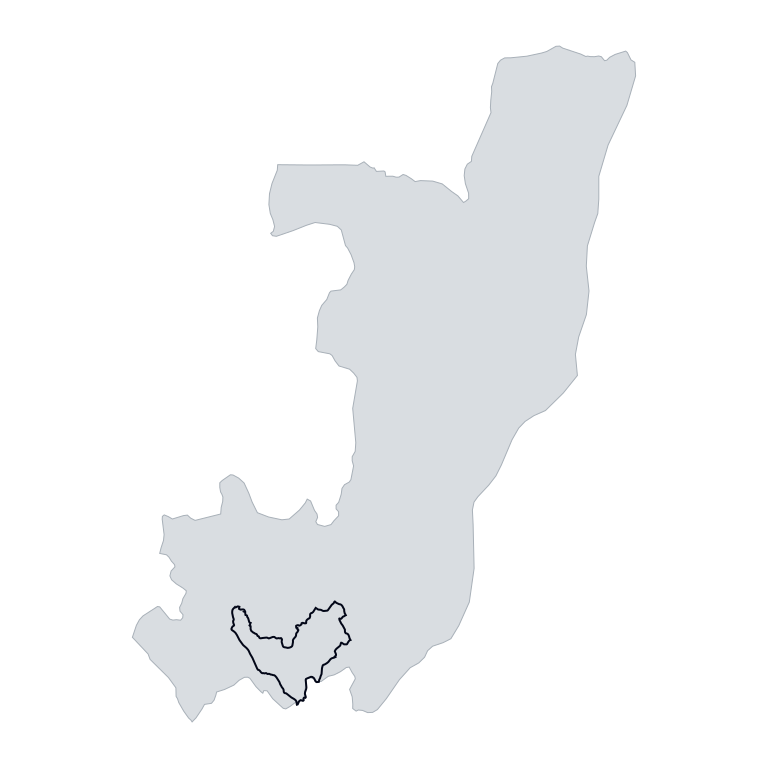 Bouenza highlighted on a map of Republic of the Congo
{"feature_id": "COG-2626", "entity_name": "Bouenza", "entity_type": "Region", "adm_level": 1, "iso_a3": "COG", "parent_name": "Republic of the Congo", "parent_adm1": "", "projection": "natural_earth1", "projection_center": [13.508, -4.119], "detail": "fine", "context": "in_parent", "style": "outline", "palette": "ink", "viewbox_px": 768, "rotation_deg": 0, "n_neighbors": 0, "source": "natural_earth", "source_scale": "10m", "svg_char_len": 8212}
<svg xmlns="http://www.w3.org/2000/svg" viewBox="0 0 768 768"><path d="M132.4,637.3L136.4,625.3L139.4,619.8L143.0,615.9L157.5,606.5L159.7,606.9L169.7,619.1L172.9,620.1L176.4,619.7L180.6,620.2L182.7,617.8L183.0,614.7L180.0,611.2L179.6,607.4L181.7,603.3L182.9,598.7L186.0,593.3L186.3,590.8L183.0,588.1L176.3,583.9L171.6,579.8L169.9,575.9L171.1,571.0L174.9,566.9L174.6,564.7L171.4,561.1L169.0,557.2L166.5,554.8L159.7,553.4L161.0,548.1L163.5,540.5L164.1,534.6L162.2,519.2L162.4,516.4L164.2,514.9L168.3,516.6L172.4,519.0L183.5,515.6L187.4,515.1L190.6,518.1L195.1,520.4L220.7,514.0L221.2,507.4L222.7,501.5L222.9,497.0L221.8,494.1L220.6,492.0L219.8,487.5L219.8,482.8L222.2,480.5L230.4,474.8L233.0,475.0L238.7,478.1L244.1,483.0L248.8,493.2L252.1,502.0L257.4,512.7L268.6,517.0L281.9,519.8L289.2,519.0L299.5,510.0L305.3,502.9L307.2,499.1L310.6,501.0L314.5,510.4L317.0,514.0L317.6,517.4L315.8,521.7L317.5,524.5L324.7,526.4L331.0,524.6L333.9,520.8L338.6,515.8L338.6,511.7L336.1,508.9L336.1,505.2L338.7,502.3L341.2,494.3L342.0,488.4L344.5,484.7L349.2,482.1L350.9,479.7L353.6,465.9L352.2,460.8L352.2,456.7L355.2,451.4L355.8,442.7L352.7,408.4L357.4,380.9L357.0,377.4L353.7,373.1L349.6,369.2L339.0,366.0L335.1,360.9L332.1,355.5L329.8,353.8L318.3,351.6L315.7,348.6L316.8,339.8L317.8,326.9L317.4,318.0L319.4,310.7L321.8,305.3L326.8,299.5L329.5,292.7L331.0,291.1L340.7,289.9L344.2,287.1L346.9,284.3L348.1,280.4L351.4,274.0L354.3,269.7L354.7,266.8L354.0,262.7L351.1,254.7L347.6,248.0L345.5,245.6L341.3,230.0L337.3,226.3L329.6,224.3L315.1,222.5L306.4,225.3L293.1,230.6L276.4,236.3L272.5,235.7L270.7,233.3L273.3,231.3L274.6,226.5L272.9,219.7L270.3,213.4L268.9,204.6L269.5,193.7L272.0,183.5L277.3,170.2L277.7,164.7L309.9,165.0L344.4,164.8L357.7,165.3L364.0,161.8L370.1,167.0L373.1,168.2L374.1,167.8L376.4,171.4L383.9,171.0L385.1,171.9L385.8,176.3L392.8,176.2L396.2,177.2L399.0,177.1L403.1,174.5L406.0,175.4L411.3,178.7L415.1,181.6L420.4,180.6L432.7,181.1L442.2,183.9L451.6,191.5L457.9,195.9L463.5,202.5L465.6,201.3L468.7,198.7L468.6,193.2L465.4,183.7L464.2,175.6L464.9,169.0L467.3,164.2L471.4,161.4L471.8,156.3L491.0,112.6L490.4,107.6L490.8,100.1L491.7,91.7L491.5,86.7L492.8,83.3L497.8,63.5L500.5,60.2L504.7,57.9L510.8,57.8L526.8,56.2L541.7,53.0L546.7,51.5L556.0,46.3L559.6,46.1L562.7,48.1L580.8,54.1L585.8,56.5L587.6,56.1L590.3,56.6L594.5,56.7L598.7,56.0L601.3,56.7L604.6,60.7L606.8,60.2L609.7,57.3L615.2,54.4L625.7,51.1L627.4,52.6L631.0,59.9L634.8,62.3L635.6,75.9L626.9,105.4L608.1,145.0L598.8,176.3L598.8,199.1L597.8,213.5L594.7,222.2L587.4,245.9L586.3,266.2L589.0,291.0L586.4,314.6L578.7,336.9L575.4,354.4L577.4,375.5L563.3,393.0L545.5,410.5L534.0,415.6L525.1,421.4L518.7,428.1L512.0,439.8L501.4,464.9L495.9,475.9L488.7,485.2L477.9,496.7L474.0,502.1L472.4,510.0L473.1,524.4L474.1,568.4L469.3,602.1L458.8,625.6L450.9,638.7L443.0,642.7L432.6,646.2L427.6,650.7L424.6,657.2L418.8,662.9L410.2,667.7L399.4,679.7L386.3,698.7L377.4,709.6L372.6,712.4L367.7,712.6L362.5,710.4L358.3,710.0L356.1,711.1L352.7,708.5L352.8,704.1L352.2,696.8L349.6,689.4L355.3,678.8L354.8,676.4L352.2,672.6L349.2,667.1L346.3,667.5L340.4,671.7L334.1,674.9L328.3,676.3L321.1,681.5L317.2,681.5L315.0,679.5L310.2,677.6L307.6,678.2L306.1,679.2L304.9,691.9L304.0,697.4L302.2,699.9L295.0,702.7L290.1,706.4L285.8,708.9L283.2,708.3L272.7,698.7L267.1,690.8L263.8,690.6L262.8,693.2L261.2,692.0L256.0,686.7L250.0,678.4L247.8,677.2L244.4,677.3L239.1,680.3L233.9,685.1L224.5,689.5L216.6,692.0L215.9,695.0L214.1,700.1L211.5,703.3L204.5,704.4L202.0,709.0L196.0,717.9L192.1,721.9L191.0,720.2L188.6,718.0L183.7,711.1L178.8,702.6L177.5,698.7L176.1,696.4L175.9,687.8L168.5,677.6L150.1,659.4L148.1,654.0L132.4,637.3Z" fill="#d9dde1" stroke="#a8b0b8" stroke-width="1"/><path d="M316.8,682.1L316.2,681.9L315.4,681.1L314.5,679.1L313.9,678.1L312.4,677.0L311.0,676.8L306.7,678.6L306.0,679.0L305.7,679.9L306.4,687.4L306.2,688.9L305.1,692.1L304.9,693.8L305.8,697.1L305.4,697.8L304.9,697.7L304.3,697.6L303.8,697.9L303.5,698.7L303.7,700.2L303.3,700.7L302.7,700.8L301.2,700.3L300.5,700.2L299.1,701.3L297.7,704.4L296.9,704.7L296.8,704.4L296.5,702.1L296.4,701.5L296.1,701.0L295.7,700.3L295.0,699.7L293.9,698.9L291.3,697.4L286.4,693.5L285.9,693.3L284.8,693.1L284.3,692.8L283.9,692.2L283.7,691.3L283.6,690.0L283.4,689.4L283.1,688.7L282.4,687.9L281.6,686.8L281.0,685.5L280.3,684.5L279.9,683.4L279.4,682.0L276.5,677.4L275.1,675.8L274.1,675.2L273.0,675.1L271.9,674.7L271.4,674.6L270.9,674.6L270.4,674.4L269.4,673.9L268.9,673.8L267.9,674.0L267.4,673.9L266.9,673.6L266.5,673.3L266.0,673.1L265.5,673.2L264.9,673.3L264.4,673.4L263.3,673.1L262.3,673.2L261.7,672.9L261.0,672.3L259.9,670.8L259.2,670.2L258.6,669.9L258.2,669.9L257.9,669.7L257.2,668.7L252.4,657.8L250.1,653.9L248.8,651.0L248.0,649.7L246.5,648.0L243.5,645.4L243.0,644.9L239.5,640.1L237.0,635.2L235.5,632.9L235.0,632.4L234.0,631.5L232.0,630.1L231.6,629.6L231.4,629.0L231.8,627.9L232.2,627.1L232.6,626.5L233.0,626.2L233.5,625.9L233.9,625.6L234.1,625.1L233.3,622.9L233.2,622.3L233.1,621.1L233.7,619.8L233.7,619.1L233.0,617.0L232.2,613.1L232.2,611.7L232.3,610.9L232.4,610.3L232.6,609.7L233.2,608.8L234.9,607.1L235.1,607.5L235.9,607.3L237.3,606.6L237.9,606.4L239.4,606.8L239.0,608.8L240.4,609.6L243.1,609.4L244.2,609.8L245.0,611.2L244.1,611.7L245.1,612.2L245.3,612.9L245.3,613.8L245.5,615.0L246.6,615.3L246.9,615.5L247.1,615.9L247.2,616.7L247.3,617.1L247.9,617.8L248.2,618.4L249.2,621.9L249.7,622.7L250.6,622.9L250.1,624.4L249.9,624.8L249.5,625.4L249.8,625.8L250.6,626.2L250.6,629.1L251.2,630.8L253.3,632.6L254.1,632.9L254.3,633.1L254.9,633.5L256.5,634.1L256.9,634.6L257.2,635.1L257.4,635.7L257.7,636.0L258.0,636.1L258.3,636.2L258.7,636.4L259.0,636.9L259.2,637.4L259.5,637.9L260.0,638.2L260.6,638.3L261.4,638.2L262.6,638.0L266.1,637.6L266.6,637.6L267.2,637.7L268.8,638.4L269.6,638.2L272.6,637.0L273.6,636.9L274.4,637.0L275.9,638.1L276.4,638.4L277.0,638.4L278.7,638.1L279.9,638.4L280.4,638.4L280.8,638.1L281.2,638.2L281.5,638.6L281.9,639.2L282.0,639.7L281.9,640.3L281.7,640.9L281.7,641.5L281.7,642.1L282.8,645.8L283.1,646.4L283.5,646.9L284.0,647.1L284.5,647.3L285.5,647.4L287.7,647.9L288.4,647.8L289.6,647.6L290.6,647.2L291.4,646.8L291.7,646.5L292.1,646.1L292.4,645.4L292.9,642.5L293.0,641.9L292.9,640.7L293.0,640.1L293.3,639.4L293.8,638.7L295.6,636.6L296.0,635.6L296.1,634.9L296.1,634.3L296.2,633.7L296.4,633.2L297.0,632.5L297.6,631.8L298.1,630.7L298.3,630.3L298.3,630.0L297.7,629.7L297.4,629.2L297.6,628.2L297.3,628.0L296.9,628.0L296.6,628.0L296.3,627.8L296.2,627.4L296.1,626.1L296.1,625.9L296.4,625.6L296.7,625.5L297.6,625.2L298.1,625.2L298.5,625.3L298.8,625.5L299.2,625.6L299.6,625.6L300.1,625.4L301.2,624.6L301.5,624.3L301.5,623.5L301.6,623.2L302.2,622.9L302.7,622.9L303.1,622.9L304.2,623.3L304.5,623.3L305.2,623.2L305.5,623.3L305.8,623.3L306.1,623.1L306.2,622.4L306.2,621.4L306.3,620.9L306.6,620.3L307.1,619.7L308.0,619.0L308.6,618.6L309.4,618.3L309.6,618.0L309.8,617.6L310.1,616.6L310.2,616.0L310.1,615.5L310.1,615.1L310.1,614.7L310.2,614.3L310.3,613.9L310.6,613.6L310.9,613.3L311.5,613.0L312.0,612.9L313.2,611.9L315.7,607.9L318.1,609.5L318.8,609.6L320.7,609.8L321.5,610.1L322.5,610.7L323.2,610.9L323.8,611.0L326.7,610.7L327.3,610.6L327.8,610.3L331.6,605.0L332.1,604.5L333.5,603.4L333.8,603.0L334.3,601.9L334.8,601.5L335.2,601.7L336.0,602.6L336.5,602.9L339.0,604.1L340.5,604.4L341.5,605.0L341.9,605.6L342.4,606.1L342.7,606.7L343.3,607.9L343.8,608.7L344.1,609.3L344.2,609.9L344.2,611.0L344.6,612.8L344.8,613.5L345.3,614.2L345.6,614.8L345.8,615.2L345.5,615.3L343.8,616.4L343.3,616.5L342.8,616.8L341.8,618.1L341.2,618.7L340.2,618.8L339.5,618.5L339.3,618.6L339.4,619.8L341.2,623.5L342.7,625.5L344.9,629.6L344.9,631.0L345.1,632.3L345.7,633.2L347.0,633.6L348.2,634.4L349.0,636.2L349.6,638.4L350.5,640.0L349.6,640.3L349.1,640.8L348.1,642.2L347.1,644.0L346.7,644.3L344.0,644.3L341.8,642.8L341.2,642.7L340.9,643.1L340.5,644.7L340.3,645.3L339.9,645.9L336.5,648.7L335.6,649.7L334.8,651.2L336.0,654.3L335.9,655.6L334.8,656.5L335.3,657.1L334.2,657.6L332.0,658.2L331.1,658.7L330.4,659.3L328.4,661.9L326.8,663.2L324.4,664.6L323.4,664.8L323.0,665.2L322.7,665.6L322.6,665.9L322.0,668.2L321.6,673.4L321.5,674.2L320.7,676.0L320.5,676.6L320.2,677.7L320.0,678.3L319.3,679.6L318.8,681.9L318.7,681.9L316.8,682.1Z" fill="none" stroke="#020617" stroke-width="2"/></svg>